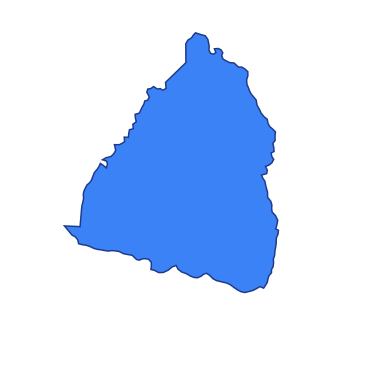 the district of Vitor Meireles, Santa Catarina, Brazil, rotated 140°
{"feature_id": "56859067B65330476099090", "entity_name": "Vitor Meireles", "entity_type": "district", "adm_level": 2, "iso_a3": "BRA", "parent_name": "Brazil", "parent_adm1": "Santa Catarina", "projection": "robinson", "projection_center": [-49.846, -26.816], "detail": "fine", "context": "isolated", "style": "filled", "palette": "blue", "viewbox_px": 384, "rotation_deg": 140, "n_neighbors": 0, "source": "geoboundaries", "source_scale": "gbopen_adm2", "svg_char_len": 2490}
<svg xmlns="http://www.w3.org/2000/svg" viewBox="0 0 384 384"><g transform="rotate(140 192 192)"><path d="M198.9,72.3L195.9,73.2L192.6,74.3L189.6,76.6L186.7,78.5L183.1,79.0L180.8,81.6L178.1,82.5L175.2,85.1L172.8,88.3L169.5,90.3L166.4,93.5L163.0,96.3L160.1,99.0L157.2,102.4L153.0,104.6L150.4,107.1L151.6,109.9L148.6,111.9L144.5,115.2L143.2,120.4L143.5,125.1L141.8,127.9L139.1,130.8L137.6,134.3L137.5,139.3L134.2,143.4L131.9,148.5L129.2,153.6L128.9,156.9L127.9,160.3L123.0,158.1L120.3,160.3L119.3,164.3L115.2,163.0L111.8,163.1L108.4,164.5L108.1,167.6L106.4,171.0L103.1,170.3L100.7,173.6L98.7,177.3L95.3,178.0L92.3,181.7L89.4,184.4L89.8,188.4L90.4,192.1L89.7,195.6L87.6,199.4L88.4,203.2L88.4,207.8L87.2,212.1L86.4,216.7L83.7,221.3L83.7,225.4L83.7,228.7L83.1,231.9L81.8,235.6L80.7,239.1L78.1,242.8L74.5,245.1L71.9,248.3L72.4,252.3L73.6,255.7L76.1,257.7L76.8,263.7L80.1,267.1L81.5,270.5L82.8,273.7L81.7,277.3L78.9,278.9L78.4,282.3L79.7,285.1L82.8,287.3L84.1,283.4L87.0,283.8L88.7,286.4L87.7,290.0L85.0,292.8L81.8,298.6L81.4,303.2L83.7,306.4L87.0,311.7L89.7,311.4L93.3,310.4L97.7,311.0L101.5,309.5L113.5,295.0L141.8,293.0L145.2,288.1L148.8,288.6L149.9,291.7L152.3,293.0L153.7,297.5L157.1,297.7L159.7,299.3L162.5,297.5L163.5,292.5L166.8,290.8L169.7,292.1L172.1,290.4L176.4,288.7L181.7,286.3L185.7,288.1L187.8,285.1L189.6,281.6L193.8,281.9L196.3,278.2L199.9,279.9L202.6,277.7L205.6,274.8L208.6,277.6L211.3,273.9L214.2,274.2L217.3,275.0L221.0,278.1L223.6,273.0L227.3,271.6L231.2,271.3L235.9,273.5L239.8,274.2L237.5,270.4L238.9,267.7L242.1,265.5L242.8,269.2L243.8,272.8L246.7,271.4L249.8,270.4L254.4,269.6L258.4,267.4L261.4,265.7L264.3,264.9L267.9,264.9L270.9,263.7L274.1,262.2L276.6,260.3L279.4,256.5L282.0,254.5L284.8,252.5L287.4,250.1L300.0,237.4L311.5,248.0L311.6,236.1L310.2,232.5L310.2,228.9L312.1,225.2L309.6,221.8L307.5,219.5L305.2,215.8L303.2,211.5L300.9,208.3L298.9,206.3L297.0,203.8L293.9,200.4L291.1,198.7L289.1,196.7L286.2,193.5L284.0,188.6L281.4,185.4L278.5,182.0L277.9,176.0L276.1,173.6L273.6,172.9L271.2,171.5L268.5,168.4L268.4,164.3L270.8,161.3L273.3,159.1L271.2,156.2L269.3,151.7L265.9,148.9L260.5,147.4L255.4,147.4L251.4,145.9L252.3,141.8L251.4,137.5L248.7,132.8L247.2,128.5L245.4,125.3L243.0,122.8L239.1,121.6L235.5,121.5L233.1,120.3L232.0,116.7L231.7,112.2L230.2,108.4L227.8,105.2L226.1,102.8L224.3,100.6L222.3,96.6L221.2,91.8L219.9,87.3L218.4,83.9L216.1,81.0L212.2,79.1L208.3,77.3L203.9,76.4L200.8,75.9L198.9,72.3Z" fill="#3b82f6" stroke="#1e3a8a" stroke-width="1.5"/></g></svg>